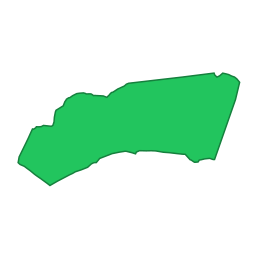 Santiago Nundiche, Oaxaca, Mexico (Robinson projection), rotated 189°
{"feature_id": "50627088B34131206486621", "entity_name": "Santiago Nundiche", "entity_type": "district", "adm_level": 2, "iso_a3": "MEX", "parent_name": "Mexico", "parent_adm1": "Oaxaca", "projection": "robinson", "projection_center": [-97.69, 17.338], "detail": "fine", "context": "isolated", "style": "filled", "palette": "green", "viewbox_px": 256, "rotation_deg": 189, "n_neighbors": 0, "source": "geoboundaries", "source_scale": "gbopen_adm2", "svg_char_len": 1630}
<svg xmlns="http://www.w3.org/2000/svg" viewBox="0 0 256 256"><g transform="rotate(189 128 128)"><path d="M196.1,59.0L189.3,64.5L178.3,72.7L175.6,74.5L173.2,76.5L167.6,79.4L161.7,82.9L158.5,86.9L156.3,88.4L153.9,88.9L151.2,93.5L139.7,100.2L132.5,102.9L128.7,104.1L127.3,104.6L125.8,104.7L120.0,104.2L118.2,103.9L116.5,103.7L116.0,105.5L113.1,107.4L109.5,107.9L106.4,108.3L101.5,109.2L97.1,109.7L89.3,109.6L83.2,110.1L75.3,110.4L69.7,110.7L67.4,111.0L61.7,106.4L60.5,106.2L57.6,104.8L56.9,104.6L56.2,104.7L53.5,105.4L53.1,106.1L52.8,107.2L52.3,107.6L51.4,107.9L50.5,108.2L49.1,108.8L47.4,109.5L43.4,110.6L42.4,110.8L39.8,110.3L38.7,110.2L37.6,110.4L26.3,172.8L24.9,190.6L25.9,191.5L28.3,193.6L30.8,195.0L33.7,195.5L36.9,196.5L39.8,196.8L43.0,197.0L45.6,193.9L48.1,192.2L49.7,193.3L50.6,193.9L51.6,195.7L82.3,186.8L134.3,172.3L136.5,171.0L137.0,170.3L138.3,168.8L144.1,165.0L148.5,161.0L149.6,160.6L150.7,159.5L151.6,157.8L153.7,155.0L157.5,155.8L158.9,155.6L159.6,155.6L162.2,155.3L164.9,155.0L165.7,155.0L167.0,154.6L169.5,155.8L170.8,155.8L174.5,155.1L175.6,155.5L177.5,155.7L181.6,154.7L184.1,153.9L186.6,152.1L187.7,151.3L190.2,148.9L191.4,148.5L193.3,146.8L193.7,145.6L194.4,144.3L195.2,140.9L195.4,139.8L201.8,134.3L202.2,132.7L202.4,127.1L202.0,122.4L202.6,118.9L203.9,117.7L211.9,117.3L213.9,115.8L216.2,115.2L218.7,114.9L219.2,113.7L221.2,112.0L222.2,112.1L222.7,110.3L223.5,107.5L224.8,102.7L226.0,98.7L226.2,98.0L231.0,82.4L231.1,76.6L228.9,75.1L224.3,73.9L223.6,73.5L220.6,71.9L218.0,70.6L215.8,69.3L213.3,67.8L210.8,66.5L206.0,64.2L199.2,60.7L196.1,59.0Z" fill="#22c55e" stroke="#15803d" stroke-width="1.5"/></g></svg>